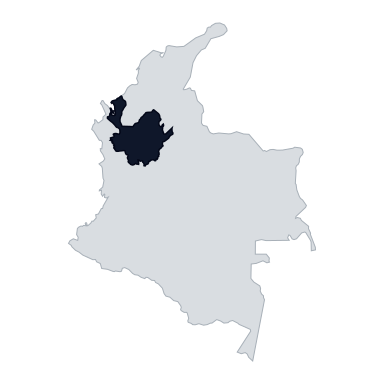 where Antioquia sits in Colombia
{"feature_id": "COL-1314", "entity_name": "Antioquia", "entity_type": "Department", "adm_level": 1, "iso_a3": "COL", "parent_name": "Colombia", "parent_adm1": "", "projection": "orthographic", "projection_center": [-75.909, 7.152], "detail": "fine", "context": "in_parent", "style": "filled", "palette": "ink", "viewbox_px": 384, "rotation_deg": 0, "n_neighbors": 0, "source": "natural_earth", "source_scale": "10m", "svg_char_len": 9410}
<svg xmlns="http://www.w3.org/2000/svg" viewBox="0 0 384 384"><path d="M223.5,34.6L219.3,36.4L210.9,38.7L205.2,48.3L201.3,50.0L196.5,55.7L193.0,62.7L190.3,77.1L183.2,89.2L183.8,89.8L186.7,89.2L189.4,87.9L190.4,88.2L191.4,90.4L194.7,90.9L197.4,100.7L202.5,105.7L203.0,107.6L203.7,111.7L201.9,114.1L201.5,123.2L203.1,125.4L206.9,126.3L209.4,131.8L211.0,133.1L213.3,133.9L218.8,133.0L228.7,133.9L231.0,133.7L236.6,131.7L243.6,134.0L248.9,134.3L263.2,151.0L264.6,150.5L266.4,151.5L270.0,149.7L273.1,149.4L277.1,150.2L282.4,150.1L293.1,148.2L294.7,147.2L300.6,148.0L302.3,149.3L303.2,152.4L302.5,154.4L300.5,156.4L299.4,158.9L299.3,162.0L298.2,164.3L296.4,165.8L295.7,167.9L296.1,170.7L295.3,183.5L296.1,184.5L296.8,189.8L299.3,196.5L300.5,198.4L302.6,200.0L306.4,205.5L305.6,207.4L296.0,216.4L295.5,218.4L297.3,217.5L300.3,218.3L301.4,220.4L308.6,226.3L308.5,228.7L310.6,233.2L310.3,234.2L315.3,247.2L315.5,249.9L311.3,250.8L311.1,242.0L310.5,240.3L305.8,232.6L304.8,232.0L301.7,232.9L296.5,238.8L294.0,239.6L292.1,238.9L290.1,235.5L288.8,234.9L287.6,237.8L289.2,240.3L266.1,240.6L261.5,239.6L255.4,241.0L255.3,254.2L266.3,254.2L269.3,258.0L269.0,261.1L269.5,262.1L266.9,262.8L263.0,260.8L256.2,263.4L251.2,264.0L250.9,278.5L253.9,282.1L259.8,285.9L260.6,288.5L260.2,291.0L261.6,294.1L263.5,295.8L263.5,297.6L264.5,299.7L252.7,361.0L248.7,357.3L247.2,354.0L245.2,352.6L241.3,353.7L237.2,352.1L250.7,331.2L250.3,329.4L239.1,324.4L237.9,323.2L232.6,320.5L229.7,321.3L228.0,322.7L223.9,323.1L220.6,321.0L216.7,319.6L212.0,323.1L210.5,323.1L207.2,324.6L203.6,325.2L198.9,323.7L195.1,324.8L192.5,324.6L191.5,323.5L188.2,322.3L187.8,320.9L188.7,318.3L187.3,313.3L186.8,312.4L184.2,312.4L181.2,310.6L180.6,309.5L181.3,307.4L180.7,305.7L177.8,301.6L173.7,300.6L169.9,297.2L165.9,296.1L164.1,293.6L162.4,288.2L158.4,283.9L155.6,282.5L154.6,280.5L151.7,280.3L147.8,277.5L146.0,277.3L144.8,278.6L141.1,277.3L138.0,275.2L134.7,274.7L132.6,273.4L128.8,269.5L124.7,267.6L122.3,268.3L121.5,271.2L120.1,271.7L115.3,271.0L114.5,271.6L113.3,271.5L107.5,269.3L101.7,268.5L100.3,263.5L96.6,261.8L95.5,259.5L92.9,259.7L83.0,255.2L79.0,252.1L75.5,250.3L71.9,246.8L71.3,245.4L68.5,243.4L69.9,240.8L73.3,238.8L77.7,240.4L78.2,237.3L76.6,234.6L77.4,228.5L78.6,227.2L81.0,226.0L82.5,226.4L83.4,225.4L87.0,225.9L88.1,225.5L90.8,223.1L92.0,221.1L93.2,221.3L96.2,218.0L95.7,214.7L98.4,214.0L101.3,208.6L102.6,208.5L103.2,205.9L108.3,197.0L106.4,198.0L104.5,197.4L104.8,194.4L104.2,194.0L102.6,196.3L101.2,194.0L101.5,190.2L99.3,190.9L99.4,190.0L102.7,187.1L104.0,180.5L103.0,178.1L102.3,168.2L101.7,166.4L99.0,163.9L103.3,161.1L104.8,158.9L102.9,154.5L100.4,150.8L100.3,148.6L101.8,148.8L102.5,142.7L101.1,140.4L99.3,140.3L93.7,131.2L91.7,129.3L93.2,125.0L94.9,123.1L94.6,119.8L95.7,119.9L98.1,123.0L99.1,122.5L102.9,119.7L103.0,117.0L106.0,114.2L101.8,104.9L100.4,103.5L102.1,100.5L103.1,100.7L104.8,103.6L107.4,105.5L111.3,110.7L113.0,111.8L111.8,113.0L111.5,114.2L112.1,114.9L114.3,115.1L115.2,113.6L114.6,107.4L113.7,104.2L111.6,102.0L112.3,101.0L116.3,99.5L124.6,93.5L127.5,87.9L129.7,85.9L132.1,84.5L135.1,84.8L137.5,84.1L138.2,82.3L136.6,78.4L138.4,73.1L138.3,70.4L139.5,68.8L139.1,68.1L136.1,70.0L139.2,66.3L141.3,60.5L153.3,50.3L161.2,52.8L163.6,52.6L160.4,53.9L159.9,55.3L161.1,56.9L162.3,57.3L163.3,56.3L165.9,50.4L166.2,47.1L167.4,46.0L169.0,45.6L176.7,46.9L183.9,46.4L195.7,37.9L204.5,34.2L206.7,30.7L207.2,28.1L208.8,27.1L210.5,27.1L211.5,25.6L215.5,23.3L219.9,23.0L224.5,25.0L226.7,28.4L227.1,30.8L223.5,34.6ZM87.1,224.8L86.6,225.3L85.5,224.5L85.2,223.4L85.8,222.7L86.6,222.9L87.1,224.8Z" fill="#d9dde1" stroke="#a8b0b8" stroke-width="1"/><path d="M110.3,108.5L110.5,108.5L110.6,108.2L110.8,108.2L110.9,108.5L110.9,108.8L110.6,108.7L110.6,109.2L110.8,109.5L111.0,109.7L111.3,109.5L111.3,109.9L111.6,109.6L111.7,109.8L111.5,110.2L111.5,110.5L111.0,110.3L111.2,111.1L111.7,111.4L112.1,111.3L112.2,110.9L113.4,110.9L113.2,111.3L113.1,111.5L113.3,111.7L113.5,111.6L112.8,112.0L113.1,112.2L113.3,112.4L113.3,112.6L113.1,112.4L112.7,112.4L112.9,112.6L113.3,112.9L113.4,113.1L112.9,112.9L112.3,112.7L111.9,112.8L111.6,113.1L111.7,113.3L111.3,114.4L111.9,115.1L113.0,115.5L114.2,115.5L114.7,115.4L114.9,115.3L115.0,115.1L115.1,114.9L115.0,114.5L115.1,114.3L115.3,114.1L115.3,113.9L115.4,112.6L115.4,112.1L115.2,111.6L115.1,111.9L115.2,112.1L114.9,111.8L114.9,111.4L114.9,110.9L115.1,110.2L115.0,109.8L114.8,109.1L114.7,108.4L114.7,105.6L114.6,105.2L114.0,104.9L113.9,104.6L113.8,104.3L113.7,103.9L113.3,103.5L112.7,103.1L111.9,102.7L111.3,102.6L111.3,102.8L111.1,102.6L111.4,102.0L111.9,101.5L112.2,101.0L114.2,100.4L114.7,100.4L116.6,99.8L116.9,99.7L117.0,99.5L117.0,99.1L117.1,98.9L117.3,98.7L117.2,98.6L117.5,98.4L118.9,97.9L119.2,97.7L120.1,96.8L121.2,96.0L121.9,96.6L122.0,97.0L122.4,98.6L122.9,99.3L123.2,99.9L123.5,100.2L124.6,100.6L124.9,100.9L125.6,101.9L125.8,103.6L125.9,104.5L125.8,105.3L124.8,106.6L123.8,108.0L122.7,110.1L122.1,111.0L121.7,111.7L121.8,113.6L121.7,114.1L121.5,115.1L120.7,116.3L120.0,119.0L120.0,120.9L120.1,121.9L121.4,124.6L122.0,126.3L129.6,126.5L132.9,126.7L133.1,126.6L133.3,126.5L133.4,125.9L134.9,123.9L135.4,123.5L136.2,123.3L137.4,123.0L138.1,122.7L138.5,122.5L139.0,121.7L139.4,120.0L139.6,119.7L140.0,119.4L140.5,119.0L141.1,117.6L141.5,117.3L142.5,116.6L143.1,116.1L143.8,115.1L145.1,113.8L145.8,112.8L146.1,112.6L146.6,112.5L148.1,112.3L148.5,112.3L148.9,112.5L149.2,112.5L149.4,112.4L149.7,112.2L150.0,112.2L150.4,112.2L151.6,112.2L152.2,111.4L152.7,110.5L153.0,110.2L153.4,109.9L153.7,109.8L158.5,113.7L158.9,114.3L159.2,114.9L159.4,115.1L159.6,115.7L159.9,117.7L160.1,118.3L160.3,118.7L160.8,119.0L160.9,119.3L160.8,119.6L160.5,120.2L160.2,120.6L159.7,120.9L159.3,121.2L159.0,121.7L158.8,123.4L158.8,124.0L158.9,124.5L159.3,125.4L160.0,126.3L160.4,126.7L160.8,126.8L161.2,126.7L161.6,126.3L161.9,126.0L162.2,125.1L162.5,124.7L163.3,124.1L163.6,125.2L163.5,125.7L163.4,126.1L162.8,126.8L162.6,127.0L162.6,127.5L162.6,128.0L162.6,128.8L162.4,129.5L162.5,130.0L162.6,130.6L163.0,131.4L163.1,132.1L163.4,132.6L163.5,133.5L163.7,133.8L164.2,134.0L164.6,134.1L165.2,134.0L165.6,134.1L172.1,127.9L171.9,128.8L172.1,131.4L172.2,131.9L172.7,132.5L172.8,132.8L172.9,133.6L172.7,134.2L172.2,134.5L170.5,135.4L170.4,135.5L170.2,135.8L169.4,136.7L168.8,137.9L168.5,138.3L164.8,141.1L164.0,141.5L163.2,141.6L162.9,141.7L162.4,142.9L162.5,144.8L162.5,145.0L162.9,145.4L163.0,145.6L163.0,145.8L162.9,146.1L162.6,146.3L162.3,146.2L161.4,147.6L160.9,148.2L159.6,149.1L159.2,149.5L159.0,150.1L158.8,150.9L158.6,151.4L158.5,151.7L158.5,152.0L158.9,152.5L159.0,152.9L159.1,153.2L159.0,154.0L159.1,154.4L159.0,154.6L158.5,154.9L158.5,155.3L158.8,156.1L158.7,156.3L158.4,156.4L158.2,156.7L157.9,157.0L157.8,157.3L157.6,158.6L157.3,159.1L157.2,159.2L156.9,159.0L156.5,159.0L156.3,159.1L156.0,159.7L155.9,160.1L155.7,160.6L155.0,160.8L154.8,160.7L154.0,160.2L153.6,159.8L153.2,159.7L152.0,159.9L150.7,160.3L150.3,160.9L150.0,161.1L149.4,161.4L148.6,161.4L148.6,162.0L148.6,162.7L148.5,163.0L147.8,163.8L147.8,164.0L147.6,164.1L147.1,164.1L146.8,164.2L146.1,164.6L145.8,164.9L145.1,166.0L144.9,166.0L144.6,165.2L144.0,165.4L144.1,164.7L144.1,164.3L143.6,162.9L143.4,162.7L143.0,162.5L142.8,162.3L142.8,162.1L142.8,161.5L142.8,161.3L142.7,161.1L142.4,161.0L142.1,160.8L141.8,160.7L140.9,161.2L140.6,161.2L139.7,160.9L139.5,160.7L139.4,160.4L139.2,160.2L138.9,160.1L138.3,159.9L138.0,159.9L138.1,160.6L138.2,160.9L138.5,161.0L138.4,161.6L138.3,161.9L138.7,163.0L138.7,163.4L138.7,163.8L138.6,164.3L138.1,164.1L137.6,164.2L137.2,164.1L136.7,164.1L136.3,163.9L135.8,163.5L135.5,163.5L134.2,164.5L133.1,164.9L132.6,165.0L131.7,164.8L131.0,164.5L130.5,164.3L130.2,163.9L129.9,163.4L129.3,163.1L128.5,162.3L128.4,162.1L128.2,161.8L128.2,161.4L128.5,160.6L128.4,160.0L127.7,158.8L127.4,157.8L127.5,157.3L128.1,155.9L127.9,155.0L127.4,154.7L126.9,154.7L126.4,154.5L125.8,153.8L125.3,152.5L125.1,151.3L125.0,150.9L124.6,150.7L123.9,150.6L123.1,150.6L122.3,150.7L121.7,150.8L119.5,151.0L118.7,151.2L117.0,151.3L116.5,151.2L116.0,151.0L115.7,150.8L115.5,150.6L115.5,150.2L115.3,149.8L114.7,149.2L114.6,148.6L114.2,148.5L114.0,148.3L113.9,148.0L114.0,147.6L114.1,147.3L114.3,147.1L114.0,147.0L114.2,146.6L114.2,146.4L113.9,145.8L114.2,145.8L114.3,145.6L114.0,145.5L113.9,145.3L114.0,145.0L114.2,144.8L114.2,144.6L113.7,144.0L113.3,143.9L113.1,143.7L112.9,143.5L112.9,143.1L112.8,142.8L112.6,142.6L112.4,142.5L112.1,142.6L112.0,142.3L112.0,141.9L112.2,141.6L112.3,141.6L112.5,141.7L112.6,141.4L112.1,141.3L111.9,141.2L111.8,140.8L111.9,140.4L111.7,140.5L111.5,140.8L111.3,140.8L111.2,140.7L111.1,140.2L110.9,140.1L110.5,140.1L110.9,139.7L111.0,139.5L110.9,139.4L110.6,139.1L110.6,138.9L110.5,138.1L110.5,137.9L111.4,137.7L111.7,137.6L112.3,137.3L113.3,137.3L113.5,137.1L113.8,136.9L114.0,136.6L114.1,136.3L114.0,135.6L113.9,135.2L113.4,134.8L113.3,134.4L113.4,134.1L113.7,133.9L114.1,133.8L114.6,133.6L115.9,133.5L116.4,133.6L118.0,134.0L118.7,134.2L119.1,134.3L119.8,133.2L120.0,132.6L119.9,130.3L119.5,129.0L119.2,128.6L118.1,127.7L117.8,127.6L117.1,127.5L116.6,127.2L116.2,126.9L114.6,124.8L112.5,122.6L110.4,121.0L107.8,118.7L107.4,118.1L107.6,118.0L107.6,117.8L107.6,117.7L107.6,116.9L108.1,117.0L108.6,116.7L109.0,116.3L109.3,116.1L109.6,115.8L109.9,113.7L110.1,113.4L110.2,113.2L110.6,112.9L110.7,112.6L110.8,112.4L110.9,111.9L110.8,110.2L110.6,109.5L110.3,108.5Z" fill="#0f172a" stroke="#020617" stroke-width="1.5"/></svg>